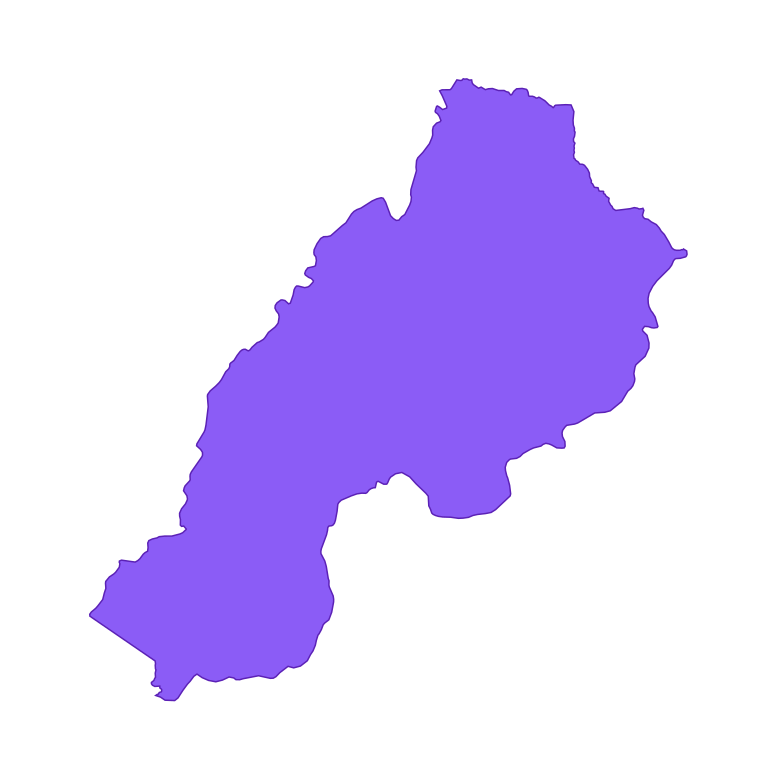 the district of Altamira, Huila, Colombia, rotated 175°
{"feature_id": "7082276B22050163903058", "entity_name": "Altamira", "entity_type": "district", "adm_level": 2, "iso_a3": "COL", "parent_name": "Colombia", "parent_adm1": "Huila", "projection": "albers", "projection_center": [-75.778, 2.079], "detail": "fine", "context": "isolated", "style": "filled", "palette": "violet", "viewbox_px": 768, "rotation_deg": 175, "n_neighbors": 0, "source": "geoboundaries", "source_scale": "gbopen_adm2", "svg_char_len": 6123}
<svg xmlns="http://www.w3.org/2000/svg" viewBox="0 0 768 768"><g transform="rotate(175 384 384)"><path d="M498.7,109.1L491.8,110.3L484.5,115.0L480.9,120.7L478.0,124.3L475.2,129.7L473.7,134.6L471.7,139.5L470.4,140.9L467.8,144.8L465.6,149.4L464.1,150.9L459.5,153.9L456.0,161.2L453.2,171.3L452.9,174.0L453.1,177.3L456.2,186.6L456.4,188.6L455.9,192.7L456.5,195.0L457.4,207.3L458.4,212.8L461.6,220.5L461.5,222.8L460.8,225.3L454.4,238.8L453.0,243.2L452.5,246.0L451.2,247.3L448.4,247.4L447.0,248.0L445.5,249.7L444.3,252.4L441.8,261.4L440.5,268.2L439.3,269.9L436.7,272.0L426.4,275.4L420.6,276.9L415.7,277.2L411.7,276.7L410.4,277.3L407.9,279.9L406.0,280.9L403.6,281.5L401.7,281.5L400.0,286.8L399.1,287.4L398.1,287.5L393.0,284.2L390.0,284.0L388.9,285.4L387.1,288.8L385.5,290.7L380.3,293.6L373.9,294.3L366.5,289.3L360.8,281.8L351.8,271.5L349.7,268.4L350.0,258.7L348.6,255.1L347.7,251.3L346.5,249.9L344.1,248.5L341.3,247.4L337.0,246.4L329.3,245.5L321.5,243.7L316.9,243.5L311.4,243.8L306.8,245.3L302.1,245.9L294.1,246.1L288.5,246.7L283.8,249.1L268.1,261.5L267.4,263.5L267.7,272.2L269.0,279.7L269.7,281.8L270.5,287.0L270.5,290.4L268.6,295.2L266.2,297.3L264.7,298.2L258.4,298.4L254.8,299.9L251.6,302.6L244.2,306.0L240.5,307.3L233.0,308.5L230.8,310.0L228.0,310.8L225.0,310.0L222.4,308.7L217.4,305.3L212.5,304.6L210.1,304.6L209.0,306.2L208.8,310.9L210.8,316.1L210.9,319.6L210.1,322.2L207.7,325.1L205.6,326.9L197.6,327.5L194.4,328.3L176.6,336.8L166.5,336.6L160.9,337.6L148.8,345.9L141.8,355.6L138.4,358.1L136.2,360.6L134.2,364.8L133.7,367.2L134.2,372.5L132.5,378.9L131.4,381.2L121.4,388.9L117.0,396.7L116.4,401.7L117.7,409.6L121.6,414.3L121.8,416.0L119.4,418.7L115.6,418.1L112.7,416.8L110.2,416.3L106.9,416.5L106.1,417.5L108.0,427.2L110.4,431.9L111.5,433.4L113.3,438.1L113.7,441.5L113.5,446.2L112.0,451.3L107.8,457.9L103.1,463.1L89.7,474.3L87.1,477.3L84.8,481.6L83.4,483.0L82.3,483.5L77.8,483.4L72.4,484.4L71.5,485.3L70.8,486.8L70.9,490.2L73.9,492.4L74.5,491.7L75.9,491.9L77.3,491.4L81.0,491.7L83.1,492.4L84.9,493.9L85.7,495.2L87.9,500.6L91.7,508.5L94.6,512.2L96.1,515.3L98.8,519.1L103.6,522.2L106.6,525.1L109.9,526.0L111.2,527.6L111.8,529.6L110.0,534.4L110.8,536.5L111.8,536.2L114.6,536.1L116.3,537.1L119.3,537.9L123.4,537.2L138.0,536.7L140.5,538.6L141.4,541.1L142.6,542.4L144.3,546.4L143.6,549.4L146.4,551.8L147.4,553.9L148.2,554.2L148.7,554.9L148.4,556.4L148.8,556.9L151.8,557.2L153.0,557.7L153.7,560.9L157.3,561.6L158.8,565.2L160.0,566.4L159.7,568.5L161.1,572.6L161.0,576.2L162.4,580.1L165.2,584.4L166.9,585.5L169.9,586.0L171.2,588.3L173.6,590.2L174.2,591.7L175.0,592.2L175.2,595.8L174.1,598.2L174.4,600.3L173.8,602.5L174.0,603.8L173.7,605.3L172.8,607.3L174.0,609.1L173.9,611.7L172.6,614.2L171.7,618.3L172.3,619.4L172.0,622.3L172.8,625.5L172.7,630.3L171.1,638.8L173.3,645.7L178.5,646.4L188.6,646.8L189.6,646.4L191.1,644.6L191.6,644.7L192.9,646.1L195.1,647.5L198.9,652.0L204.1,655.9L204.8,656.2L206.1,655.6L207.6,655.6L209.0,656.8L211.0,657.7L214.3,658.0L214.8,658.8L215.0,661.9L215.7,664.2L216.6,665.2L220.6,666.4L226.2,666.5L229.1,664.4L231.6,661.1L232.8,661.0L234.5,663.8L236.8,664.6L238.7,665.9L244.4,666.4L250.2,668.9L254.3,669.0L257.4,668.4L261.4,671.3L264.0,670.4L268.9,674.5L269.9,676.3L270.2,679.3L272.5,679.3L274.8,680.7L277.2,680.7L278.2,681.1L279.0,680.8L280.0,679.7L281.5,679.7L284.9,680.6L291.1,672.4L292.6,671.4L300.6,672.0L303.0,671.2L300.8,666.0L297.2,655.2L297.6,653.4L301.7,652.3L304.4,654.8L306.5,656.3L307.4,656.0L309.3,651.4L309.0,650.1L307.1,648.5L305.6,645.9L304.3,641.5L305.4,640.3L308.9,639.3L312.5,636.0L313.5,632.7L313.8,627.7L314.8,625.1L317.8,619.4L325.1,611.3L330.6,606.4L332.1,603.7L333.2,597.2L333.1,593.6L340.2,575.4L340.9,570.2L340.4,567.8L341.2,563.6L342.8,560.1L348.5,551.0L351.8,549.1L354.9,545.9L357.6,545.9L360.3,548.0L362.8,551.1L366.6,565.0L368.6,569.1L370.5,569.8L374.9,569.1L379.8,567.4L391.7,561.2L395.7,560.1L398.9,558.5L401.6,556.1L407.9,547.9L411.7,545.5L424.2,536.3L427.3,535.8L431.3,536.0L434.4,534.5L438.5,529.6L441.9,523.8L442.4,521.0L442.3,519.0L440.8,516.6L440.6,512.9L442.0,507.8L443.4,507.2L449.8,506.3L452.2,503.6L453.3,501.0L452.9,499.5L449.8,496.8L447.2,495.4L445.3,492.9L445.8,491.7L449.6,488.2L451.4,487.3L454.6,486.9L461.0,489.1L462.6,489.2L463.9,488.0L465.3,485.8L466.8,480.5L470.3,472.7L472.1,472.2L475.4,475.8L477.9,476.6L479.3,476.7L483.5,474.2L485.5,471.7L486.0,469.1L485.0,466.3L482.9,463.0L482.6,460.0L484.1,454.0L485.8,452.0L487.7,450.1L494.6,445.5L498.5,440.6L500.2,439.0L504.6,436.8L506.7,436.3L512.3,432.1L514.5,429.7L516.0,428.9L516.8,429.1L519.1,430.7L520.6,430.8L522.3,430.4L524.4,429.0L527.8,425.3L531.4,420.5L534.9,418.3L535.8,417.3L536.2,414.7L537.2,412.8L540.6,410.0L545.5,402.6L548.0,399.8L552.0,396.4L557.7,392.3L560.6,388.9L561.0,387.3L561.1,376.6L564.9,358.7L566.3,354.0L567.4,351.9L575.6,340.7L576.1,338.8L572.5,334.9L571.3,332.8L570.8,331.7L571.0,328.8L571.8,327.3L583.5,313.3L584.9,310.9L585.3,309.0L585.4,305.6L586.0,304.5L591.0,299.9L592.1,297.9L593.0,295.1L590.1,289.9L589.8,286.8L590.1,285.6L592.2,281.9L596.5,277.4L598.9,273.1L599.1,270.2L598.6,266.7L599.2,261.2L598.1,259.8L595.9,259.9L593.6,256.7L593.8,256.3L597.5,253.4L600.3,252.4L608.6,251.0L615.7,251.6L621.3,251.5L623.5,250.5L628.3,249.8L631.9,248.5L633.2,246.2L633.3,241.5L634.1,238.0L636.7,236.9L638.7,235.4L642.4,231.2L644.7,229.5L647.4,228.3L660.9,231.4L663.0,230.7L663.3,229.6L662.8,227.9L663.7,224.5L667.8,219.8L669.9,218.2L674.3,215.8L678.4,211.6L678.8,209.8L678.9,204.6L680.8,200.2L683.0,193.8L688.5,187.8L690.7,185.7L695.4,182.4L697.2,180.3L697.2,178.3L636.1,128.0L636.0,125.0L636.4,124.0L636.5,120.1L636.1,119.1L637.1,115.9L637.2,111.7L638.1,110.7L639.1,108.7L641.7,107.0L641.8,105.6L640.9,104.1L638.7,102.7L633.7,102.6L633.8,100.8L632.3,99.3L632.1,98.7L632.4,97.2L632.8,96.7L634.7,96.3L636.2,94.5L637.1,94.5L638.6,93.6L634.0,91.6L629.7,88.1L620.1,86.9L616.6,89.2L611.0,96.4L606.0,102.1L603.0,104.8L598.9,109.4L595.6,111.3L590.7,107.3L584.6,104.0L577.5,102.0L570.8,103.1L563.9,105.6L559.3,104.3L557.3,102.4L553.5,102.0L549.9,102.7L534.4,104.3L522.9,100.7L519.9,100.6L517.1,101.9L513.0,105.5L504.2,111.1L498.7,109.1Z" fill="#8b5cf6" stroke="#5b21b6" stroke-width="1.5"/></g></svg>